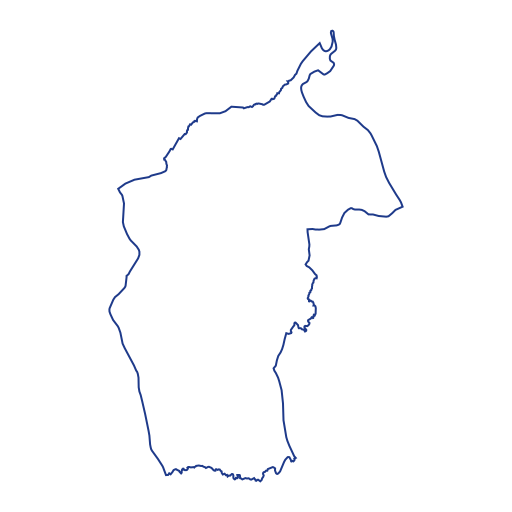 outline of Thawat Buri, Roi Et, Thailand
{"feature_id": "78962969B6809780389556", "entity_name": "Thawat Buri", "entity_type": "district", "adm_level": 2, "iso_a3": "THA", "parent_name": "Thailand", "parent_adm1": "Roi Et", "projection": "equal_earth", "projection_center": [103.792, 16.038], "detail": "fine", "context": "isolated", "style": "outline", "palette": "blue", "viewbox_px": 512, "rotation_deg": 0, "n_neighbors": 0, "source": "geoboundaries", "source_scale": "gbopen_adm2", "svg_char_len": 6044}
<svg xmlns="http://www.w3.org/2000/svg" viewBox="0 0 512 512"><path d="M295.7,457.9L294.2,456.2L289.4,445.9L287.4,440.9L286.3,437.2L283.5,420.3L283.0,403.5L281.6,390.2L279.3,381.5L278.1,377.7L275.9,373.1L274.3,370.6L273.6,368.3L275.8,365.7L276.9,360.3L278.3,355.9L280.6,352.4L282.1,349.1L283.4,344.9L284.7,339.0L286.3,333.2L288.6,333.9L291.2,333.1L291.5,332.3L290.8,331.0L290.9,329.9L293.4,326.3L294.3,325.4L294.4,323.3L294.7,322.7L295.2,322.5L295.7,322.7L298.0,325.1L298.5,327.5L298.8,328.2L300.8,328.2L302.1,329.4L303.3,329.5L304.1,330.0L305.0,331.5L305.7,331.2L306.2,330.7L306.3,329.9L304.6,327.7L304.4,327.2L304.5,326.4L305.2,325.9L307.4,326.1L308.7,324.9L309.3,324.0L309.5,323.0L308.2,321.6L308.0,320.7L308.2,320.1L310.9,318.5L311.7,317.2L312.1,317.2L312.9,318.1L313.2,318.0L313.6,315.4L313.9,314.6L314.3,314.6L314.8,315.3L315.6,313.7L315.8,308.2L315.4,306.3L314.6,305.5L313.5,305.5L313.8,304.5L313.3,302.6L312.7,301.6L311.9,301.6L311.0,300.8L310.3,300.5L309.5,301.4L309.0,301.3L308.9,299.4L308.0,299.0L307.7,298.2L308.5,296.4L308.4,295.4L308.9,294.8L309.3,293.7L309.4,292.7L310.3,292.3L310.4,290.7L311.2,290.3L311.3,289.4L312.0,288.5L312.0,286.4L312.3,285.3L312.2,284.6L312.8,283.1L313.4,282.6L313.6,280.7L314.5,278.7L315.8,278.1L316.6,278.3L316.9,277.0L316.6,276.4L316.6,275.4L315.0,274.0L312.3,270.3L309.2,267.3L306.7,266.0L305.6,264.4L307.1,262.1L308.5,260.7L309.6,255.4L308.8,249.3L309.3,246.5L309.4,244.5L307.6,232.1L307.5,229.3L312.5,229.0L315.3,229.5L319.5,229.6L324.2,229.1L329.5,226.3L330.8,225.9L336.6,225.4L338.7,224.7L339.8,223.9L340.3,222.8L342.1,217.5L344.4,213.0L348.0,209.7L350.7,208.2L351.8,208.2L353.3,209.1L354.8,209.5L359.0,209.5L361.8,209.9L364.6,211.2L368.5,214.4L373.1,214.5L378.7,216.0L386.3,216.7L388.4,216.3L389.1,215.8L392.2,213.2L395.5,209.9L402.6,206.7L401.0,202.4L399.7,200.0L396.1,194.5L389.1,182.9L386.1,177.0L384.2,171.6L378.8,151.8L376.9,146.2L371.6,135.4L370.5,133.4L367.9,130.1L363.5,126.7L357.4,120.7L354.6,119.1L348.5,117.9L342.2,115.3L340.6,115.0L337.5,114.9L330.6,116.5L327.2,116.6L322.5,116.3L319.2,115.2L315.6,112.5L308.6,106.0L306.1,102.1L303.6,96.7L301.9,92.3L301.3,90.0L301.1,87.9L301.3,86.5L301.8,85.3L302.9,84.0L306.6,82.0L307.6,81.0L308.8,78.6L309.7,75.2L310.4,74.0L314.4,71.6L318.1,70.3L323.4,74.3L324.2,74.6L325.1,74.4L327.1,73.3L330.2,71.1L333.9,65.5L334.1,64.1L333.6,62.8L330.5,60.6L330.1,59.7L329.8,58.4L329.9,56.2L330.4,54.8L331.1,53.9L335.1,50.7L336.0,49.5L336.3,48.0L336.0,44.7L334.6,39.6L333.9,36.0L333.6,32.0L333.2,31.2L332.3,30.7L331.2,31.1L330.9,32.6L331.0,33.6L332.6,38.9L332.7,41.6L331.5,46.6L329.8,49.3L328.5,50.4L327.2,51.0L325.9,51.3L324.4,50.9L323.0,49.8L321.9,48.3L319.7,43.1L311.0,51.4L302.7,61.2L300.9,63.8L297.4,70.8L296.4,73.7L295.1,74.8L293.6,77.5L290.7,80.3L289.0,80.7L288.5,81.3L287.6,81.3L288.2,82.2L288.2,83.4L287.9,83.7L286.0,84.5L284.9,84.6L282.9,86.3L282.3,87.9L281.1,88.8L280.9,90.2L279.2,92.2L279.0,93.3L277.3,93.2L277.1,94.2L276.3,95.0L276.2,95.7L275.1,96.3L274.4,98.4L273.9,98.9L272.4,99.2L271.9,98.7L271.5,98.9L269.8,101.5L264.3,104.7L263.1,104.8L262.5,104.3L259.3,103.6L258.2,103.5L257.3,103.9L256.8,103.6L255.8,103.9L255.5,104.4L255.0,104.3L253.9,104.8L253.0,106.2L252.0,107.0L250.2,106.3L248.7,107.2L247.5,107.1L243.8,108.3L243.0,107.5L231.4,106.7L225.5,111.2L219.8,113.3L206.3,113.2L204.9,113.5L200.0,115.9L197.7,117.5L197.0,119.3L196.9,121.3L194.9,120.8L194.3,121.2L194.3,121.8L192.9,122.4L191.1,124.7L190.1,124.3L188.9,126.4L188.4,126.5L188.0,128.3L188.0,129.8L187.2,130.2L186.9,131.2L187.0,132.2L186.9,132.6L185.6,134.2L184.7,134.0L180.5,139.0L179.0,138.2L172.7,149.4L171.2,148.8L170.7,149.0L169.5,151.3L165.8,156.9L164.1,158.3L164.2,159.5L164.7,159.5L166.2,161.9L166.4,163.8L167.0,165.5L166.8,167.0L166.9,167.5L166.6,168.2L166.4,169.6L166.1,170.4L165.1,171.3L161.0,173.1L151.3,175.6L148.9,177.1L134.5,179.7L125.4,183.6L118.2,188.8L120.0,192.4L121.9,194.8L122.4,195.9L124.0,203.5L122.9,222.1L123.8,226.3L127.0,234.0L129.5,238.7L130.8,240.5L136.7,246.5L138.8,249.8L139.4,251.7L139.4,254.9L138.1,258.4L129.9,271.5L128.6,274.1L126.5,276.0L126.6,276.9L125.6,285.5L125.3,286.6L124.4,288.0L118.6,294.2L115.0,297.1L113.3,299.7L109.6,308.3L109.4,309.5L109.5,311.6L110.4,314.2L113.1,320.0L117.8,326.2L118.7,327.9L120.4,332.7L122.6,343.6L124.7,348.1L134.0,365.5L136.2,370.6L137.1,371.8L137.8,373.8L138.5,377.7L138.7,387.3L139.4,391.5L140.7,395.1L142.3,401.7L145.2,414.3L148.6,431.0L149.4,435.6L150.1,444.4L150.7,447.5L151.2,449.3L152.1,450.9L157.9,458.9L162.4,465.9L163.1,467.3L166.0,475.1L168.2,474.9L169.2,473.3L170.6,474.3L172.4,472.1L173.6,470.1L175.5,469.2L176.4,469.3L176.9,469.8L179.1,470.8L179.4,471.6L181.1,473.4L181.7,472.7L181.6,471.2L182.0,470.3L182.1,469.5L183.1,468.6L183.5,468.7L183.8,469.7L184.3,469.7L184.8,470.1L186.4,470.1L187.1,469.8L187.9,468.6L187.4,467.7L188.2,467.0L189.3,467.0L190.8,467.4L193.7,467.1L194.2,467.5L194.6,467.0L195.8,466.4L196.1,465.9L198.8,465.5L201.1,466.0L202.4,465.9L203.4,466.7L204.9,467.1L205.9,468.0L208.1,466.9L209.0,466.8L211.5,467.9L213.6,470.2L214.5,470.7L215.4,470.7L215.7,469.4L216.1,469.2L217.7,469.9L218.5,469.4L219.7,469.5L220.7,470.9L221.6,471.4L221.7,472.8L222.8,474.5L224.6,473.7L225.9,475.2L227.0,474.9L227.6,476.5L228.9,475.5L230.0,475.7L231.9,474.0L232.7,474.1L233.1,474.7L233.4,475.7L233.3,477.1L233.6,478.5L234.8,479.4L235.4,479.1L235.9,477.9L237.3,478.2L237.9,477.6L238.0,476.8L237.4,475.8L237.3,475.0L239.3,475.0L239.7,475.1L240.0,475.9L240.1,478.2L241.0,478.4L242.3,479.4L245.4,478.1L247.0,478.5L248.7,478.3L250.4,479.5L251.3,479.6L254.1,478.1L254.7,479.1L255.3,479.4L255.6,480.6L256.3,480.8L257.5,479.8L258.1,479.7L260.3,481.3L261.7,479.9L262.1,478.4L263.2,476.9L263.7,475.4L263.0,473.8L263.3,472.6L263.9,472.1L264.8,472.0L266.0,470.7L267.3,470.7L267.8,469.1L272.7,467.1L273.5,467.3L275.1,468.4L275.0,470.4L276.0,473.1L276.7,473.8L277.6,473.9L278.8,472.9L280.1,471.4L284.1,461.9L285.3,459.7L287.4,457.4L288.0,457.0L289.4,457.2L291.0,460.3L291.2,461.4L291.4,461.5L292.4,460.9L293.3,461.4L293.8,461.0L294.6,459.8L294.3,458.6L295.7,457.9Z" fill="none" stroke="#1e3a8a" stroke-width="2"/></svg>